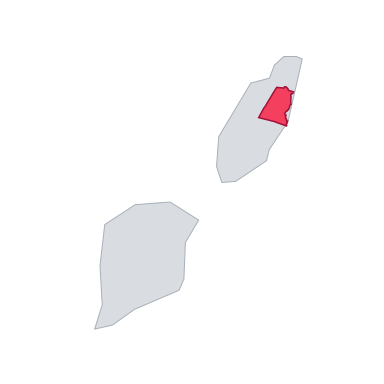 Falealili, Tuamasaga, Samoa shown in context, rotated 283°
{"feature_id": "51752279B81921466612681", "entity_name": "Falealili", "entity_type": "district", "adm_level": 2, "iso_a3": "WSM", "parent_name": "Samoa", "parent_adm1": "Tuamasaga", "projection": "robinson", "projection_center": [-171.676, -13.991], "detail": "fine", "context": "in_parent", "style": "filled", "palette": "rose", "viewbox_px": 384, "rotation_deg": 283, "n_neighbors": 0, "source": "geoboundaries", "source_scale": "gbopen_adm2", "svg_char_len": 3096}
<svg xmlns="http://www.w3.org/2000/svg" viewBox="0 0 384 384"><g transform="rotate(283 192 192)"><path d="M140.7,114.3L166.9,139.5L177.3,172.9L166.1,204.8L141.3,196.9L105.4,203.7L93.4,201.5L64.6,162.2L44.6,144.6L36.5,128.0L62.0,129.9L99.2,119.0L140.7,114.3ZM346.4,269.5L282.3,269.7L250.6,257.7L239.3,257.6L212.2,232.2L208.0,218.9L222.3,210.2L251.9,205.6L311.4,224.8L320.4,241.9L334.1,243.7L344.7,251.1L347.5,263.1L346.4,269.5Z" fill="#d9dde1" stroke="#a8b0b8" stroke-width="1"/><path d="M283.0,241.2L279.5,240.2L279.2,253.5L279.2,255.8L278.5,260.9L278.2,263.9L277.6,269.1L277.8,269.1L278.0,269.1L278.2,269.3L278.3,269.3L278.3,269.1L278.5,269.1L278.7,268.9L278.8,268.8L279.1,268.7L279.3,268.7L279.7,268.7L279.8,268.8L280.1,268.9L280.3,269.0L280.5,268.9L280.6,269.0L280.8,269.1L281.0,268.9L281.5,269.0L281.6,268.9L281.8,269.0L282.0,268.9L282.3,268.7L282.4,268.8L282.4,268.7L282.5,268.7L282.5,268.8L282.5,268.7L282.8,268.5L282.9,268.3L283.0,268.3L283.0,268.2L283.3,268.1L283.5,268.0L283.5,267.9L283.8,267.8L283.8,267.7L284.0,267.7L284.3,267.6L284.4,267.4L284.5,267.4L284.7,267.2L284.8,267.0L284.8,266.9L284.9,266.6L285.0,266.6L285.3,266.5L285.4,266.4L285.5,266.4L285.8,266.5L286.1,266.5L286.3,266.5L286.4,266.4L286.6,266.4L286.7,266.2L286.9,266.2L287.1,266.1L287.3,266.2L287.5,266.3L287.9,266.2L288.0,266.2L287.9,266.0L287.9,265.9L288.0,265.8L288.0,265.7L288.2,265.4L288.3,265.3L288.3,265.1L288.5,264.9L288.9,264.9L289.2,265.0L289.4,264.9L289.6,264.9L289.8,264.9L290.1,264.9L290.4,265.0L290.5,265.1L290.8,265.2L291.0,265.3L291.3,265.4L291.4,265.5L291.5,265.6L291.9,265.7L291.9,265.8L292.0,265.8L291.9,265.8L291.8,266.0L292.1,266.3L292.3,266.5L292.7,266.5L292.8,266.5L293.0,266.6L293.5,266.7L293.5,266.8L293.5,267.0L293.8,267.4L293.9,267.5L294.0,267.6L294.3,267.6L294.5,267.6L294.8,267.6L295.0,267.6L295.4,267.8L295.7,267.9L296.1,267.9L296.5,267.9L296.7,268.0L297.0,267.9L297.5,267.9L297.8,267.9L298.2,267.9L298.4,268.0L299.1,268.3L299.5,268.4L299.6,268.6L299.7,268.8L299.9,268.7L300.2,268.6L300.5,268.5L300.8,268.4L301.1,268.3L301.4,268.2L301.6,268.1L302.0,268.0L302.1,267.9L302.6,267.8L302.8,267.9L303.3,267.7L303.5,267.6L303.8,267.6L304.0,267.5L304.4,267.5L304.7,267.5L305.0,267.4L305.5,267.4L306.0,267.3L306.4,267.2L306.6,267.1L306.9,267.1L307.0,267.1L307.2,266.8L307.3,266.8L307.6,266.7L307.9,266.6L308.1,266.5L308.3,266.4L308.6,266.3L308.8,266.3L309.0,266.3L309.1,266.5L309.3,266.7L309.5,266.6L309.6,266.8L309.8,266.7L309.8,266.8L310.1,267.1L310.2,267.3L310.3,267.5L310.5,267.8L310.7,268.0L310.8,268.0L311.1,268.1L311.3,268.2L311.6,268.2L312.0,268.4L312.4,268.4L312.3,267.9L312.6,266.7L312.6,263.2L312.8,262.9L313.0,262.9L313.1,263.0L313.2,262.9L313.3,262.8L313.4,262.7L313.5,262.7L313.6,262.8L313.8,262.7L314.0,262.4L314.2,262.1L314.3,262.0L314.6,261.6L315.4,260.4L315.6,260.0L315.6,259.9L315.7,259.7L315.4,259.0L315.3,258.8L315.3,258.6L315.2,258.4L314.0,258.3L313.0,251.0L311.1,250.3L304.6,248.1L302.2,247.4L301.3,247.1L300.5,246.8L298.9,246.3L296.2,245.4L293.2,244.5L290.0,243.2L288.1,242.6L286.4,242.1L285.2,241.8L283.0,241.2Z" fill="#f43f5e" stroke="#9f1239" stroke-width="1.5"/></g></svg>